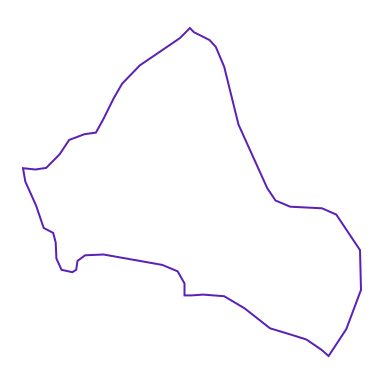 the border of Pehčevo
{"feature_id": "MKD-3007", "entity_name": "Pehčevo", "entity_type": "Statistical Region", "adm_level": 1, "iso_a3": "MKD", "parent_name": "North Macedonia", "parent_adm1": "", "projection": "natural_earth1", "projection_center": [22.871, 41.774], "detail": "fine", "context": "isolated", "style": "outline", "palette": "violet", "viewbox_px": 384, "rotation_deg": 0, "n_neighbors": 0, "source": "natural_earth", "source_scale": "10m", "svg_char_len": 768}
<svg xmlns="http://www.w3.org/2000/svg" viewBox="0 0 384 384"><path d="M189.9,28.0L193.9,32.2L209.6,40.1L215.8,46.9L224.2,66.8L238.5,124.6L267.2,188.1L275.5,200.5L290.2,206.7L322.0,208.3L336.3,214.6L360.0,250.1L361.0,289.9L346.3,329.1L328.6,356.0L328.0,355.5L321.6,349.9L306.4,339.5L288.5,333.9L270.0,328.3L244.5,308.3L224.1,296.2L203.1,294.6L191.6,295.4L184.5,295.4L184.5,283.4L177.6,271.3L162.2,264.9L103.5,254.5L85.1,255.3L77.5,260.9L76.2,269.8L72.3,272.2L61.5,269.8L56.4,258.5L55.7,242.5L53.2,232.9L43.7,228.0L36.1,205.6L25.3,181.5L23.0,168.2L35.4,169.5L46.2,167.9L59.6,154.3L69.2,139.9L84.4,134.2L95.9,132.6L103.0,119.8L113.8,98.1L122.1,83.7L139.9,65.3L163.6,49.2L180.0,38.0L185.6,32.4L189.7,28.2L189.9,28.0Z" fill="none" stroke="#5b21b6" stroke-width="2"/></svg>